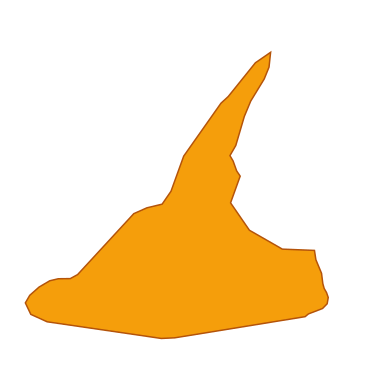 outline of Andjouân, rotated 98°
{"feature_id": "COM-4936", "entity_name": "Andjouân", "entity_type": "state/province", "adm_level": 1, "iso_a3": "COM", "parent_name": "Comoros", "parent_adm1": "", "projection": "mercator", "projection_center": [44.402, -12.222], "detail": "fine", "context": "isolated", "style": "filled", "palette": "amber", "viewbox_px": 384, "rotation_deg": 98, "n_neighbors": 0, "source": "natural_earth", "source_scale": "10m", "svg_char_len": 680}
<svg xmlns="http://www.w3.org/2000/svg" viewBox="0 0 384 384"><g transform="rotate(98 192 192)"><path d="M341.3,202.0L340.7,317.4L335.6,334.6L325.0,341.6L316.9,338.3L307.4,330.2L299.7,320.5L296.5,312.3L294.7,300.5L289.7,293.8L221.5,246.6L213.9,234.4L208.2,219.9L194.2,212.9L157.6,205.2L100.1,175.7L92.4,169.4L55.2,147.2L42.7,133.6L57.6,133.1L70.0,136.2L93.8,146.5L109.9,150.7L139.8,155.1L150.7,159.5L155.6,155.6L164.9,150.7L169.6,146.5L197.4,152.3L221.9,129.8L236.0,94.6L232.8,62.6L241.8,59.9L254.5,52.4L264.5,49.7L269.1,47.7L273.0,44.7L277.5,42.4L283.9,42.6L289.2,46.5L296.5,59.7L299.7,62.6L338.8,188.8L341.3,202.0Z" fill="#f59e0b" stroke="#b45309" stroke-width="1.5"/></g></svg>